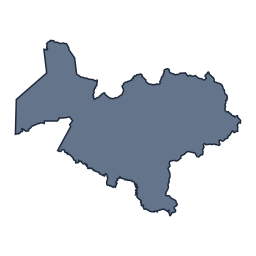 the district of Trojes, El Paraíso, Honduras
{"feature_id": "27666195B23836678424083", "entity_name": "Trojes", "entity_type": "district", "adm_level": 2, "iso_a3": "HND", "parent_name": "Honduras", "parent_adm1": "El Paraíso", "projection": "albers", "projection_center": [-85.831, 14.051], "detail": "fine", "context": "isolated", "style": "filled", "palette": "slate", "viewbox_px": 256, "rotation_deg": 0, "n_neighbors": 0, "source": "geoboundaries", "source_scale": "gbopen_adm2", "svg_char_len": 5802}
<svg xmlns="http://www.w3.org/2000/svg" viewBox="0 0 256 256"><path d="M15.4,134.3L17.4,133.7L18.7,133.8L19.0,133.3L19.9,133.1L20.5,131.8L22.3,131.5L22.7,130.5L21.6,129.1L22.1,128.8L24.3,129.8L25.5,131.1L28.3,131.0L28.7,130.5L28.7,129.3L30.6,127.9L32.2,125.9L32.7,125.7L33.3,125.8L35.1,124.8L36.2,124.6L37.2,123.8L37.7,123.9L39.1,123.2L39.6,123.5L40.5,122.9L42.2,122.8L42.9,123.1L43.6,123.0L43.7,123.3L44.2,123.5L44.5,121.0L57.4,121.0L57.7,120.3L58.6,119.7L58.9,118.9L58.8,118.2L65.9,117.7L69.5,116.8L72.6,120.8L69.7,124.6L70.7,126.5L57.6,150.6L59.2,151.3L60.8,151.5L62.2,149.6L63.3,149.6L64.5,150.2L64.6,151.6L64.9,152.2L66.4,152.9L67.2,152.4L67.7,153.1L67.3,153.8L67.6,154.3L69.8,154.6L70.1,155.1L72.9,157.7L73.1,158.4L74.0,160.1L75.1,160.3L75.8,160.9L75.5,162.2L75.9,163.0L78.5,162.5L78.8,160.8L79.2,161.5L79.9,161.0L80.5,161.4L81.6,161.5L81.6,162.2L83.0,163.7L83.8,164.0L84.5,163.4L85.4,163.6L85.5,164.5L86.3,164.2L87.0,164.7L87.3,165.4L86.5,165.9L87.7,167.2L87.7,168.2L89.2,168.6L89.8,168.4L90.0,168.0L91.1,168.5L91.7,168.2L93.2,170.1L93.9,169.8L94.3,170.8L99.0,172.4L99.4,172.8L99.4,173.7L102.7,175.3L103.4,175.0L104.2,176.1L104.9,175.6L105.3,173.8L105.7,173.7L106.9,174.7L107.4,177.5L107.8,178.0L106.6,182.3L106.9,184.5L107.7,185.3L109.0,185.1L109.6,185.9L111.4,186.0L111.8,186.6L112.7,186.8L113.4,187.4L114.2,186.5L115.4,187.2L115.7,186.7L115.3,186.0L115.9,185.5L117.0,183.3L116.4,183.2L115.7,182.6L115.7,182.2L116.3,181.6L116.6,181.0L117.6,180.3L117.2,178.8L118.9,178.6L119.9,176.7L121.1,178.3L121.8,178.2L122.3,178.5L123.6,178.5L124.8,179.8L125.7,179.5L126.2,179.9L126.7,179.5L127.8,180.3L129.3,180.2L130.2,180.6L131.1,180.3L131.7,180.6L132.1,181.5L133.4,181.5L134.1,182.2L134.5,183.1L136.7,184.5L136.5,184.8L135.0,184.6L135.5,186.2L136.2,186.6L137.4,186.5L137.6,186.7L137.5,187.3L136.2,187.7L137.0,188.4L137.0,189.6L136.6,189.9L136.0,189.7L135.5,190.3L135.7,190.7L136.7,191.0L136.9,191.4L136.7,192.4L135.8,192.4L135.8,192.9L136.9,193.1L137.2,193.5L136.3,193.8L135.6,194.5L135.5,194.9L136.6,194.8L137.3,195.8L137.0,196.3L137.1,197.3L138.0,198.2L138.8,198.7L139.0,199.1L141.2,200.6L141.2,201.2L140.6,202.1L140.8,202.6L141.3,202.8L141.2,205.2L141.5,205.6L143.4,205.3L143.5,205.8L143.1,206.1L143.0,206.7L144.0,209.0L144.7,209.3L146.1,208.9L147.7,210.0L149.0,210.5L149.7,211.3L152.3,211.8L153.2,211.5L154.1,212.0L155.0,210.9L157.2,211.9L157.3,211.2L158.0,210.6L162.4,209.3L164.5,209.3L166.2,210.6L167.1,210.8L167.6,211.4L168.3,210.5L168.8,210.3L168.7,212.1L169.5,214.1L169.6,215.0L170.2,215.6L170.7,215.1L171.9,212.7L173.1,212.6L175.1,211.9L175.5,211.5L175.6,210.1L174.3,208.7L174.1,207.4L174.4,207.0L176.6,205.7L177.3,204.4L176.1,202.4L176.0,201.2L175.5,200.5L170.9,197.9L169.0,195.7L166.1,195.7L165.6,194.5L166.3,191.8L167.5,189.8L168.3,187.7L168.4,186.9L168.0,184.4L169.2,181.6L168.9,179.2L170.0,177.2L169.9,173.3L168.0,168.7L168.4,167.7L169.9,166.3L169.9,165.3L169.2,163.9L169.7,161.6L170.5,161.1L174.0,160.4L176.4,161.0L177.9,160.6L179.3,159.2L180.8,158.2L180.9,156.4L181.2,155.8L184.2,154.4L186.7,152.0L187.6,151.6L188.8,151.6L195.2,153.1L196.8,156.5L198.7,157.0L200.8,154.9L201.4,154.6L202.2,154.9L202.6,154.7L203.0,152.1L202.6,149.8L204.0,147.3L203.4,144.9L203.6,144.1L204.2,143.8L204.9,143.8L205.9,144.7L209.3,144.2L210.9,144.2L212.0,144.6L213.6,144.0L215.9,144.6L217.2,144.7L218.8,145.4L219.4,145.2L219.8,144.8L219.9,144.1L219.2,142.1L219.1,140.8L219.3,140.3L220.6,140.2L221.8,141.0L222.8,141.1L224.1,140.3L225.4,138.8L227.4,138.3L227.9,137.6L228.2,136.0L229.5,135.5L232.4,130.9L232.9,131.0L233.7,132.2L234.4,132.6L235.8,131.6L237.7,131.3L237.5,128.7L237.8,127.0L237.2,125.2L238.8,122.8L239.6,122.7L240.4,123.0L240.6,120.4L237.9,117.5L237.3,115.7L235.0,116.6L234.6,117.0L233.9,116.5L233.8,115.9L233.2,115.9L231.5,115.1L230.7,113.6L228.7,112.6L228.4,111.7L226.9,112.0L225.2,110.6L224.8,109.1L225.5,106.7L225.0,104.7L225.7,103.2L225.8,101.2L225.6,100.5L227.0,100.1L227.0,98.6L227.3,98.2L226.9,97.6L227.3,96.9L226.9,95.4L224.8,93.5L224.2,89.8L223.1,88.8L222.7,86.6L221.7,84.7L219.3,83.3L217.5,83.0L216.0,82.2L214.6,82.1L214.1,80.9L214.1,79.4L213.7,78.1L209.4,74.3L208.9,72.4L208.6,72.1L207.6,72.4L207.1,73.7L205.2,75.3L205.2,76.6L206.3,77.9L206.3,78.3L204.8,79.7L203.5,80.0L201.6,78.6L200.2,78.7L198.4,78.1L195.3,75.5L192.9,76.4L189.6,75.2L188.5,76.0L187.7,75.9L185.3,72.8L184.3,73.1L182.0,73.0L181.3,73.4L180.2,73.1L178.1,74.6L176.6,74.4L175.4,75.0L173.8,73.9L171.7,73.4L170.1,72.7L169.3,71.7L169.3,70.0L168.4,69.0L167.6,68.7L164.9,69.5L164.2,70.3L164.0,71.0L164.2,72.1L163.1,74.6L163.2,75.7L161.5,77.2L161.5,78.2L159.8,81.9L160.3,83.0L159.6,83.9L158.4,84.4L156.7,83.9L155.8,84.5L153.4,84.7L148.6,83.9L147.2,82.6L146.5,82.3L145.7,80.8L145.8,79.9L142.5,76.9L142.1,76.3L142.1,75.0L141.2,74.3L140.2,74.0L138.7,74.6L136.9,74.7L135.6,76.0L134.8,75.8L133.4,76.8L133.1,77.3L133.4,78.2L132.1,78.8L131.8,80.0L130.4,80.4L129.5,81.1L127.9,81.4L126.5,82.2L125.4,82.2L123.6,83.6L123.5,84.6L122.1,86.1L122.4,87.4L122.8,88.1L123.2,88.3L123.5,89.9L123.5,90.8L122.8,92.9L121.7,94.8L119.9,95.8L117.8,97.5L115.2,97.8L113.6,98.7L110.5,98.3L109.0,97.6L105.9,95.1L105.1,94.2L104.9,93.2L104.1,92.8L101.5,94.3L100.6,95.6L99.7,96.0L99.2,97.0L96.4,98.1L94.4,99.4L94.0,98.8L93.8,97.8L93.2,97.2L93.7,96.2L92.9,94.9L94.2,92.8L93.6,91.2L94.4,89.6L94.4,88.5L95.5,87.9L95.5,86.6L96.5,85.8L96.9,85.1L96.7,83.0L97.3,82.0L97.2,80.2L94.7,80.9L94.1,80.1L92.3,79.5L88.8,79.2L86.8,78.2L84.8,78.1L83.1,77.4L80.8,77.1L79.2,75.7L76.6,74.2L74.6,58.0L69.0,49.9L68.7,47.6L66.9,44.4L66.3,43.6L65.2,43.7L63.5,43.0L60.7,43.5L59.5,43.4L58.6,42.7L57.0,42.2L56.3,42.4L54.4,42.0L53.7,40.6L51.7,40.9L51.2,40.4L50.8,40.7L50.1,40.5L49.7,41.2L47.6,42.5L46.9,43.3L46.7,44.0L47.1,45.4L46.7,46.9L47.0,47.6L46.6,48.1L47.6,49.0L47.5,49.6L47.0,49.8L43.9,49.3L46.7,73.0L16.3,99.5L15.4,134.3Z" fill="#64748b" stroke="#1e293b" stroke-width="1.5"/></svg>